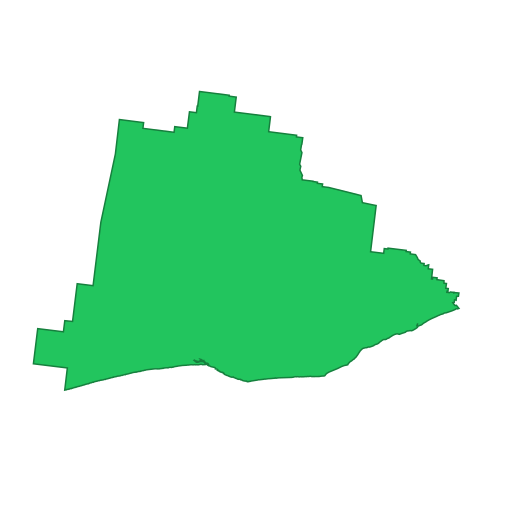 outline of Northampton, Western Australia, Australia, rotated 277°
{"feature_id": "25037944B43886071852017", "entity_name": "Northampton", "entity_type": "district", "adm_level": 2, "iso_a3": "AUS", "parent_name": "Australia", "parent_adm1": "Western Australia", "projection": "equal_earth", "projection_center": [114.191, -27.828], "detail": "fine", "context": "isolated", "style": "filled", "palette": "green", "viewbox_px": 512, "rotation_deg": 277, "n_neighbors": 0, "source": "geoboundaries", "source_scale": "gbopen_adm2", "svg_char_len": 5981}
<svg xmlns="http://www.w3.org/2000/svg" viewBox="0 0 512 512"><g transform="rotate(277 256 256)"><path d="M380.9,253.4L396.0,253.4L396.1,252.9L396.2,217.0L411.3,217.0L411.4,209.8L412.3,209.8L412.4,179.9L397.6,179.9L397.6,179.4L391.0,179.4L391.0,172.4L374.5,172.3L374.5,159.6L368.8,159.6L368.9,128.2L374.7,128.2L374.8,103.8L340.0,104.0L270.6,97.9L206.7,97.9L206.7,81.9L168.7,81.9L168.5,74.1L157.3,74.1L157.3,48.2L121.9,48.2L121.9,82.4L99.6,82.5L99.9,83.3L100.0,84.0L100.3,84.2L100.6,84.9L100.7,85.7L101.0,86.1L101.0,86.7L101.6,87.5L101.8,88.6L102.0,88.6L102.1,89.2L103.3,91.7L103.4,92.3L103.6,92.4L103.8,92.9L103.9,93.5L104.4,94.2L104.5,94.8L104.8,95.3L105.1,96.4L105.5,97.1L106.0,98.5L106.8,100.1L107.0,100.9L107.3,101.2L107.4,101.8L107.7,102.1L108.2,103.4L108.7,104.7L108.6,104.9L108.9,105.2L109.1,105.9L109.6,106.4L110.1,108.0L110.9,109.4L110.8,109.9L111.0,110.2L111.5,110.9L112.6,114.0L113.0,114.6L113.2,115.9L113.7,116.5L113.8,117.4L114.2,118.2L114.3,119.1L115.0,120.5L115.2,121.7L115.4,121.8L115.7,122.4L116.2,124.0L116.7,125.0L116.8,125.4L117.0,125.7L117.1,126.2L117.3,126.3L117.6,127.1L117.7,127.9L118.1,128.5L118.3,129.3L118.5,129.3L119.3,132.1L119.6,132.7L119.8,132.9L120.4,135.6L121.0,136.6L121.2,137.7L121.8,138.9L122.3,140.3L122.4,140.6L122.3,140.9L122.7,141.2L123.4,143.4L124.3,145.5L124.8,147.0L125.0,147.1L125.8,149.5L125.8,150.0L126.2,150.9L126.1,151.2L126.3,151.7L126.6,152.1L126.6,152.6L127.1,153.6L127.1,153.8L127.2,154.2L127.2,154.9L127.8,155.7L127.7,155.9L128.3,157.2L128.5,158.2L129.2,159.7L129.2,160.1L129.6,160.8L131.7,169.3L131.9,170.8L131.9,171.9L132.1,172.3L132.1,173.6L132.5,174.4L132.6,175.4L132.8,175.8L133.1,177.2L133.3,177.4L133.2,177.6L133.4,177.9L133.9,179.5L134.3,181.6L134.2,182.0L134.4,182.7L134.7,183.0L134.8,183.3L135.1,184.7L135.1,185.8L135.3,186.2L135.5,186.4L135.5,187.1L136.3,188.8L136.9,191.0L137.4,192.4L138.0,194.8L138.4,196.2L139.1,200.2L139.4,201.2L139.5,202.1L140.2,204.8L140.3,206.8L140.7,208.7L140.6,209.3L140.9,210.6L140.9,211.8L141.7,214.3L141.8,215.0L141.6,216.3L141.9,218.1L142.2,219.6L142.7,220.5L142.7,221.2L143.1,221.2L143.0,220.1L142.8,219.8L142.7,219.4L142.8,218.7L143.2,218.4L143.8,218.3L144.6,216.6L144.7,215.6L144.6,214.2L144.3,212.9L143.9,212.4L143.4,211.3L143.2,209.9L143.4,209.5L143.7,209.1L144.9,207.2L145.2,207.6L144.7,208.3L144.2,211.8L145.5,213.6L146.3,213.7L146.7,213.3L146.5,214.6L146.1,214.7L145.7,216.0L145.9,216.9L145.3,217.0L145.2,217.4L144.8,217.7L144.4,218.5L144.1,218.7L143.6,219.3L143.6,221.1L143.3,221.6L142.5,222.1L142.5,221.5L142.4,221.4L142.2,221.8L141.7,221.5L141.2,222.7L141.2,223.5L140.7,224.7L140.3,228.7L139.8,229.3L139.0,229.4L139.0,230.7L138.7,231.7L138.2,232.1L137.9,231.9L137.8,232.2L137.7,232.0L137.3,232.9L137.3,233.5L136.9,234.5L136.7,234.4L136.5,235.0L136.4,236.3L136.5,236.6L136.1,236.8L136.1,237.4L136.2,237.6L135.9,237.8L135.8,238.3L135.7,238.5L135.4,238.4L135.4,238.6L135.1,238.9L134.7,239.1L133.9,241.7L133.7,243.2L133.4,243.6L133.4,244.1L133.1,244.7L132.8,246.2L132.8,247.0L132.9,247.3L132.9,247.7L133.2,248.1L132.6,249.0L132.6,249.4L132.1,250.9L132.1,251.4L131.6,252.6L131.5,253.6L131.6,253.8L131.5,254.1L131.6,254.6L131.7,255.8L131.2,256.2L131.3,256.3L131.3,256.9L130.8,257.7L130.6,259.0L130.5,260.7L130.7,261.9L130.1,262.6L130.3,263.2L130.3,263.8L130.7,264.5L130.7,265.1L131.0,265.6L131.0,265.9L131.4,266.7L131.7,267.9L133.2,273.0L133.5,273.4L133.5,274.2L134.6,278.7L134.8,279.0L135.0,280.5L135.8,283.5L135.8,283.8L136.3,286.4L136.7,288.0L136.7,288.3L136.9,289.2L137.4,290.0L137.4,290.3L137.1,290.6L137.8,293.1L139.8,306.0L140.2,307.6L140.9,309.3L140.9,309.6L141.1,310.2L141.0,310.9L141.3,311.6L141.3,313.9L141.7,315.2L141.6,316.1L141.8,316.9L141.9,318.0L142.2,319.1L142.4,320.3L142.4,320.8L142.8,322.0L142.7,322.4L143.3,324.8L143.1,326.0L144.1,333.4L144.8,335.8L145.2,338.2L145.6,338.9L147.2,339.8L148.4,340.9L149.8,342.8L154.2,350.6L156.9,354.7L158.1,357.1L158.9,359.6L159.3,360.4L160.0,360.5L162.1,361.9L162.7,362.5L163.6,363.7L164.9,364.8L165.6,365.9L166.0,366.0L167.7,367.5L170.4,369.0L173.0,370.2L173.6,370.6L173.9,370.6L175.7,371.9L177.0,373.0L177.3,373.4L178.3,375.8L178.4,376.7L178.7,377.5L179.4,378.6L179.4,379.6L179.8,380.7L181.4,383.8L181.9,384.1L182.8,385.5L183.4,387.0L184.5,388.5L184.9,388.6L186.1,389.8L186.5,390.4L187.1,390.8L188.5,392.6L188.7,393.0L188.8,394.5L189.3,395.5L190.2,396.5L190.8,397.9L191.7,398.8L194.1,401.7L195.2,403.5L196.0,405.5L195.8,406.9L195.8,408.2L196.1,408.4L196.9,410.2L197.2,410.5L197.5,411.4L198.5,413.5L199.3,414.2L200.1,415.5L200.3,416.7L200.8,418.2L200.7,419.2L201.2,420.5L203.3,423.3L204.5,424.6L205.2,425.1L205.7,425.2L205.8,424.6L206.4,424.1L206.6,424.2L206.3,424.4L206.5,424.5L207.8,424.4L208.2,424.5L208.2,424.4L208.3,424.2L208.3,424.5L208.5,424.6L206.0,424.6L205.9,425.1L207.0,427.0L207.6,428.3L208.3,429.2L209.5,430.2L211.7,433.1L212.3,433.7L213.6,435.4L215.4,438.1L218.3,443.0L218.8,443.6L219.7,445.3L220.4,446.3L221.4,448.8L222.4,449.9L222.8,451.7L225.4,457.1L227.1,460.1L227.9,460.9L228.1,461.6L228.0,462.3L228.7,463.8L231.5,460.9L231.1,459.4L233.7,457.0L234.2,458.4L236.7,458.4L236.7,459.2L236.5,460.0L240.4,460.0L240.7,461.8L244.0,461.9L243.9,458.1L243.5,456.9L244.1,456.9L243.9,454.7L244.0,453.8L244.0,453.5L243.1,452.2L243.3,451.4L243.2,449.8L244.4,449.9L244.4,450.8L247.1,450.8L247.1,448.3L251.9,448.4L251.9,445.9L254.4,445.6L254.6,438.4L256.4,438.4L256.4,434.0L254.6,434.0L254.6,433.0L264.3,432.9L264.3,428.5L268.3,428.5L268.1,427.9L267.0,425.9L267.1,423.8L269.0,423.8L269.0,420.9L269.1,420.6L270.0,419.7L271.0,419.6L272.3,417.3L274.0,416.4L276.8,414.2L276.9,408.8L278.7,408.8L278.7,404.4L279.9,404.4L279.9,386.1L279.0,386.1L279.0,382.4L274.2,382.4L274.2,369.2L320.7,369.1L321.9,355.1L328.8,352.9L332.9,319.8L332.9,313.3L335.6,313.3L335.6,308.0L336.8,308.0L336.9,303.4L337.2,303.4L337.2,292.6L339.9,291.9L341.5,292.3L346.6,289.1L350.5,289.5L352.4,288.1L364.2,289.0L366.7,287.4L371.9,287.6L372.5,287.9L379.1,288.0L379.1,281.6L380.8,281.6L380.9,253.4Z" fill="#22c55e" stroke="#15803d" stroke-width="1.5"/></g></svg>